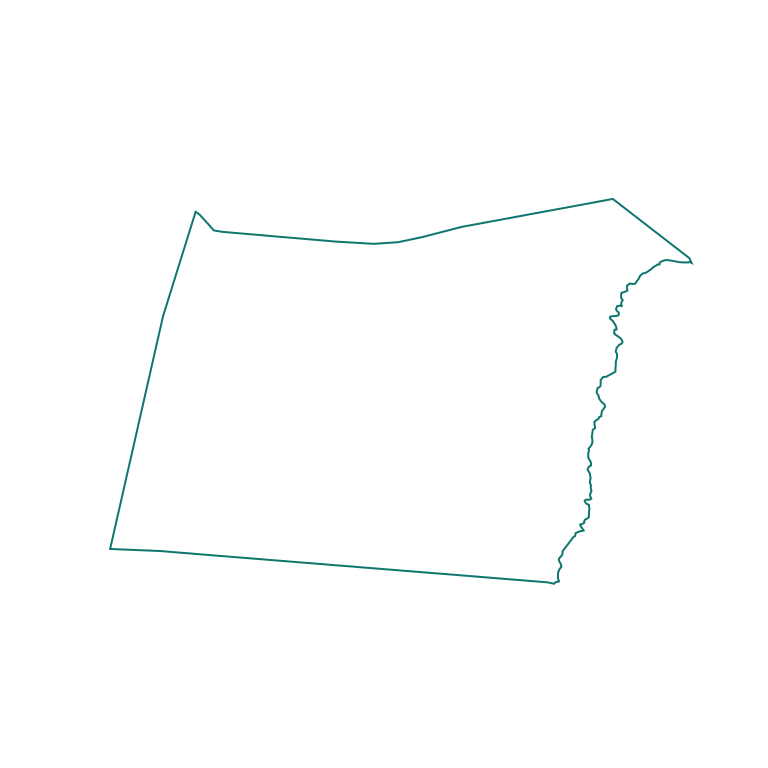 As Sunta, Southern Darfur, Sudan (Robinson projection), rotated 294°
{"feature_id": "16777658B61826891911039", "entity_name": "As Sunta", "entity_type": "district", "adm_level": 2, "iso_a3": "SDN", "parent_name": "Sudan", "parent_adm1": "Southern Darfur", "projection": "robinson", "projection_center": [25.684, 10.668], "detail": "fine", "context": "isolated", "style": "outline", "palette": "teal", "viewbox_px": 768, "rotation_deg": 294, "n_neighbors": 0, "source": "geoboundaries", "source_scale": "gbopen_adm2", "svg_char_len": 2458}
<svg xmlns="http://www.w3.org/2000/svg" viewBox="0 0 768 768"><g transform="rotate(294 384 384)"><path d="M464.7,142.0L463.5,142.0L355.9,154.6L121.9,200.9L140.2,247.0L160.7,305.4L227.0,493.8L234.1,513.9L251.1,562.3L269.3,614.0L270.4,619.2L270.6,620.5L272.9,621.5L274.8,624.2L276.8,622.3L278.8,621.2L282.7,619.7L286.3,619.7L289.3,620.4L291.3,618.9L293.6,615.9L295.5,614.8L298.8,615.9L300.8,616.3L304.1,615.2L307.0,615.9L312.0,617.1L318.5,618.6L321.2,619.3L322.8,620.4L325.8,619.7L329.0,622.7L331.3,626.0L332.3,624.5L333.6,622.3L335.3,620.4L337.6,622.7L338.6,623.4L340.2,622.7L342.2,623.0L343.8,624.5L345.5,625.3L351.4,623.0L354.0,622.3L355.3,621.2L357.0,620.4L357.0,617.1L358.9,614.8L360.6,615.6L361.9,618.9L363.5,620.0L365.5,617.8L367.5,617.1L370.4,617.1L373.7,614.8L375.7,614.4L376.7,612.9L378.7,611.8L380.0,611.4L381.9,611.1L385.9,608.5L387.9,605.8L388.8,604.7L391.5,604.7L393.8,606.2L395.7,605.5L397.7,603.6L399.3,601.0L402.0,599.5L403.9,598.7L406.6,598.4L407.9,597.2L411.2,598.0L413.5,598.4L415.8,598.0L417.4,597.2L419.4,596.1L420.0,595.4L421.4,595.0L423.0,594.6L425.3,593.9L427.1,593.4L429.7,594.8L432.4,593.0L435.0,591.5L436.9,592.6L439.6,594.1L441.5,594.1L442.9,595.6L443.8,595.2L447.8,594.1L451.1,594.8L453.3,595.2L455.0,593.7L456.3,589.6L458.3,586.3L460.6,584.8L462.2,582.2L463.5,581.4L467.1,580.7L468.8,582.2L470.7,582.5L473.4,581.4L475.7,580.3L479.6,581.4L480.9,584.0L483.5,585.9L485.8,587.8L487.8,589.2L489.4,590.4L492.1,589.2L496.3,587.8L499.0,586.6L502.2,586.3L506.2,584.8L507.8,582.5L511.7,581.8L515.4,582.9L517.7,584.8L519.6,584.8L521.6,582.5L522.6,579.2L522.9,576.6L523.9,573.6L527.2,572.5L528.5,574.3L531.1,572.5L533.1,569.8L534.7,567.2L535.7,563.9L537.3,563.1L539.3,565.7L540.0,567.6L541.9,570.2L543.6,570.2L544.9,569.1L545.5,566.9L546.5,565.7L547.8,565.4L550.1,565.4L551.8,568.3L551.8,570.2L552.8,568.3L555.7,567.6L557.7,568.0L559.0,565.7L562.3,564.2L563.9,563.9L566.5,566.9L568.2,568.3L570.8,566.9L572.8,566.1L575.7,567.6L576.4,570.2L578.0,572.8L581.0,573.2L583.9,573.9L586.9,573.9L590.2,575.4L591.1,576.7L591.8,577.7L594.4,579.5L597.7,581.4L600.3,582.5L602.3,584.0L604.6,585.5L605.2,587.0L607.2,586.6L609.8,588.5L612.1,591.5L613.5,596.0L615.4,604.2L617.7,610.2L619.7,613.9L619.7,615.7L623.2,611.7L645.7,519.5L646.1,517.7L559.3,391.3L534.4,360.0L519.2,339.1L508.0,317.9L504.1,307.6L494.0,280.7L457.3,174.6L455.1,166.1L456.7,162.4L457.5,160.8L463.8,146.5L464.3,144.0L464.7,142.0Z" fill="none" stroke="#0f766e" stroke-width="2"/></g></svg>